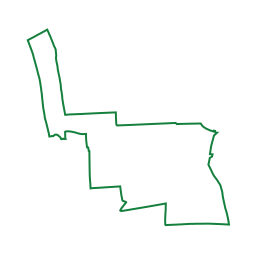 Suhurlui, Galati, Romania (Mercator projection), rotated 265°
{"feature_id": "2599482B54270676275296", "entity_name": "Suhurlui", "entity_type": "district", "adm_level": 2, "iso_a3": "ROU", "parent_name": "Romania", "parent_adm1": "Galati", "projection": "mercator", "projection_center": [27.827, 45.741], "detail": "fine", "context": "isolated", "style": "outline", "palette": "green", "viewbox_px": 256, "rotation_deg": 265, "n_neighbors": 0, "source": "geoboundaries", "source_scale": "gbopen_adm2", "svg_char_len": 3413}
<svg xmlns="http://www.w3.org/2000/svg" viewBox="0 0 256 256"><g transform="rotate(265 128 128)"><path d="M233.0,56.1L232.4,54.8L232.1,54.0L231.7,53.2L231.5,52.7L231.2,52.0L230.1,49.5L229.6,48.4L229.1,47.2L228.6,45.9L228.0,44.6L227.3,43.1L226.6,41.5L225.9,39.8L225.4,38.5L225.1,38.0L224.9,37.4L224.5,36.4L224.2,35.8L218.2,37.5L212.1,39.2L208.3,40.0L205.5,40.4L202.5,41.0L193.1,42.7L192.2,42.8L187.0,43.7L185.0,44.1L180.7,44.5L178.7,44.6L174.4,44.9L172.7,44.9L171.7,44.9L170.6,45.1L169.4,45.1L168.4,45.1L166.2,45.1L155.2,45.3L150.4,45.8L147.1,46.0L144.9,46.1L140.9,46.9L129.9,48.6L126.4,48.9L126.4,50.7L126.6,51.0L126.6,51.3L126.6,51.7L126.6,51.9L126.5,52.2L126.4,52.5L126.4,52.8L126.5,52.9L126.6,53.1L126.9,53.4L127.2,53.8L127.4,54.2L127.6,54.4L127.7,54.6L127.7,54.8L127.7,55.2L127.7,55.7L127.7,56.0L127.6,56.3L127.3,56.8L127.2,57.1L127.1,57.4L126.9,57.6L126.5,57.9L126.2,58.2L125.2,59.3L124.6,59.7L124.2,60.0L123.8,60.0L123.3,60.2L123.0,60.3L122.7,60.6L122.6,60.9L122.6,61.1L122.6,61.4L122.7,61.6L122.8,61.9L122.9,62.1L123.0,62.2L123.0,62.3L123.0,62.5L122.8,62.9L122.6,63.2L122.6,63.5L122.6,64.0L122.6,64.4L122.6,64.8L123.0,64.6L129.7,65.0L129.9,65.4L130.0,66.0L129.9,68.5L129.3,71.4L128.0,75.4L127.3,77.1L126.9,78.0L126.7,78.8L126.4,79.6L126.2,80.4L126.0,81.2L125.9,82.5L125.8,83.3L125.8,83.8L125.8,84.7L125.8,85.6L120.4,85.3L118.7,85.3L114.9,85.4L112.3,85.5L112.1,86.6L110.3,86.8L108.5,86.9L108.3,87.5L105.7,87.3L94.7,86.5L89.3,86.1L83.0,85.7L78.7,85.6L77.2,85.6L75.7,85.6L73.6,85.5L72.9,85.5L71.1,85.5L71.2,86.0L71.2,86.8L71.0,93.6L70.5,115.1L62.2,115.5L56.4,116.1L56.2,116.2L55.4,117.4L55.2,118.1L54.5,119.5L54.2,119.7L53.8,119.4L53.2,118.8L51.3,117.0L50.3,116.1L48.9,114.7L46.6,113.1L45.9,113.8L46.0,116.7L47.9,140.6L49.5,159.1L48.7,159.0L47.7,158.9L45.2,158.6L44.9,158.6L44.0,158.5L41.8,158.2L40.0,157.9L33.3,157.0L28.6,156.7L28.0,157.1L27.7,164.2L27.6,166.6L27.5,167.5L27.5,168.5L27.5,169.5L27.3,174.4L27.3,176.0L27.2,177.4L27.1,181.6L26.8,184.9L26.7,187.1L26.4,190.7L25.7,199.9L25.5,201.5L24.3,211.0L23.0,220.2L23.4,220.2L23.6,220.2L23.8,220.1L25.8,220.0L26.4,220.0L26.6,220.0L26.8,219.9L27.1,219.9L27.6,219.9L27.8,219.8L28.9,219.7L29.7,219.7L30.0,219.6L33.9,219.1L34.0,219.1L35.4,218.8L36.8,218.6L38.1,218.3L39.1,218.0L50.9,216.5L56.3,216.3L56.8,216.2L59.8,215.6L61.5,215.3L62.8,215.0L63.2,214.9L63.9,214.6L64.6,214.2L66.1,213.4L67.4,212.8L69.5,211.6L70.2,211.1L71.7,210.2L72.9,209.5L74.1,208.9L74.5,208.7L77.7,207.5L79.7,206.8L84.5,204.9L85.7,205.3L91.1,206.9L92.2,209.2L94.4,209.9L94.8,207.4L102.2,209.1L103.7,209.6L113.0,213.0L115.6,216.3L115.8,215.2L115.9,214.8L116.3,214.6L117.1,214.3L117.5,214.4L117.8,213.4L117.0,213.2L117.3,212.4L118.3,209.9L120.1,206.6L120.6,205.8L121.4,204.7L123.0,202.8L123.6,202.3L124.9,201.5L126.0,201.0L126.2,200.2L126.5,195.4L126.8,191.7L127.7,176.9L128.9,175.9L128.9,175.3L130.9,129.5L131.2,123.4L131.5,117.3L131.8,117.0L132.0,116.9L133.2,116.7L134.4,116.7L134.5,116.7L144.6,117.2L144.9,111.1L145.5,97.2L146.1,81.1L146.2,79.7L146.2,79.0L146.5,73.0L146.6,70.7L146.6,66.6L156.6,65.6L163.2,65.1L165.7,65.2L167.3,65.1L171.1,64.9L171.3,64.7L177.9,64.7L180.7,64.4L183.9,64.2L188.4,63.6L191.1,63.3L191.5,63.2L195.8,63.1L200.7,62.5L202.3,62.4L203.8,62.3L204.4,62.4L204.6,62.4L204.7,62.5L206.1,62.8L210.2,62.8L212.4,62.8L214.1,62.3L216.2,61.4L217.9,61.0L222.8,59.5L223.7,59.2L225.6,58.7L228.9,57.5L229.1,57.5L233.0,56.1Z" fill="none" stroke="#15803d" stroke-width="2"/></g></svg>